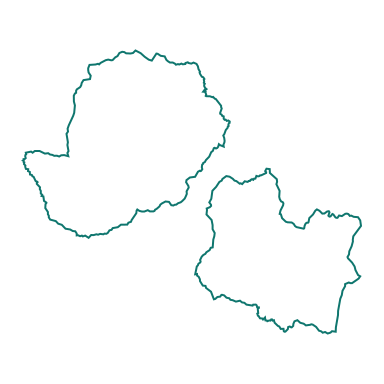 Ubalá, Cundinamarca, Colombia (Natural Earth projection)
{"feature_id": "7082276B3208116605104", "entity_name": "Ubalá", "entity_type": "district", "adm_level": 2, "iso_a3": "COL", "parent_name": "Colombia", "parent_adm1": "Cundinamarca", "projection": "natural_earth1", "projection_center": [-73.441, 4.757], "detail": "fine", "context": "isolated", "style": "outline", "palette": "teal", "viewbox_px": 384, "rotation_deg": 0, "n_neighbors": 0, "source": "geoboundaries", "source_scale": "gbopen_adm2", "svg_char_len": 5933}
<svg xmlns="http://www.w3.org/2000/svg" viewBox="0 0 384 384"><path d="M156.4,53.6L151.8,60.6L148.8,59.7L144.7,56.8L140.7,53.2L135.5,50.5L133.0,53.0L130.5,53.5L126.1,53.3L124.3,52.1L122.2,51.8L119.4,53.0L117.5,56.1L115.3,57.3L112.6,60.1L111.3,60.3L108.2,59.6L105.7,60.2L100.6,62.9L99.1,64.4L98.0,63.8L95.5,64.5L89.5,64.9L88.2,68.2L88.2,70.1L88.6,72.5L90.7,75.7L90.0,79.1L83.5,80.1L81.7,83.0L81.2,85.3L80.2,87.1L76.8,89.4L76.1,90.8L76.1,92.8L74.9,93.5L73.8,95.7L73.9,101.5L74.9,105.4L74.2,112.8L73.2,115.8L68.8,125.3L67.6,128.7L68.0,131.6L66.5,133.8L67.9,142.3L67.4,145.0L68.5,151.1L67.4,153.0L68.3,156.2L64.2,155.1L61.2,155.3L59.2,156.5L56.9,155.7L54.2,155.8L52.4,154.9L50.0,154.5L48.2,153.2L44.9,153.6L39.6,151.0L34.8,151.0L32.6,152.7L31.1,151.6L25.8,152.7L26.2,154.3L25.4,155.0L25.2,156.2L25.7,158.1L24.6,159.1L23.6,159.1L23.6,160.0L23.0,160.5L23.7,160.8L23.7,162.3L24.3,162.5L24.0,164.1L25.4,165.5L25.2,166.7L25.9,168.9L28.2,169.2L28.0,171.1L29.8,171.9L30.0,174.5L31.9,175.0L32.4,176.3L33.6,176.8L35.6,181.0L37.4,181.8L37.5,182.3L36.8,182.6L36.8,183.9L40.0,187.3L39.8,189.1L40.8,190.9L40.8,193.5L42.2,194.8L41.6,196.0L43.4,196.4L44.0,200.9L46.4,202.6L46.3,203.2L45.5,204.1L45.3,208.1L47.9,212.0L47.9,214.3L48.8,215.7L48.8,217.4L50.2,219.6L55.8,221.1L58.2,223.7L61.8,224.8L65.5,228.7L70.2,229.5L72.7,231.0L75.3,231.3L76.7,233.5L76.7,235.4L77.9,235.2L80.1,236.2L81.9,235.6L82.8,236.4L85.2,235.6L88.6,237.8L91.2,235.0L93.6,235.1L96.4,234.3L98.1,234.7L100.1,233.9L103.4,234.3L104.5,233.6L106.3,233.8L107.7,233.0L109.5,230.3L111.5,229.9L112.7,228.1L117.8,227.2L120.9,224.7L127.3,224.6L128.4,222.7L131.0,221.8L131.6,220.1L136.3,213.2L136.6,210.6L137.3,209.5L139.4,210.9L141.8,211.5L144.4,211.5L147.8,210.2L149.9,211.4L153.4,211.4L154.5,210.9L155.1,209.7L156.6,208.9L159.5,206.4L160.3,204.7L161.8,203.5L165.5,201.5L169.0,201.9L171.3,205.2L173.4,205.5L174.6,204.8L176.3,204.6L178.1,203.2L180.7,202.3L182.2,201.1L184.7,198.6L185.8,196.3L186.8,193.9L186.6,191.3L188.7,187.6L188.4,186.0L186.1,182.2L186.5,180.1L189.9,177.5L195.1,176.8L198.0,171.7L199.9,170.7L200.6,171.1L201.2,170.8L202.3,169.2L201.8,167.2L202.2,164.6L203.1,163.8L203.2,163.0L204.9,162.0L205.9,160.1L209.2,156.7L211.2,152.2L212.9,150.8L213.8,148.2L214.7,147.8L216.0,148.5L217.3,147.9L218.2,146.7L218.9,144.2L220.0,145.1L223.7,146.6L223.4,144.8L224.4,142.4L224.6,140.9L224.2,137.9L223.3,135.5L224.3,134.1L225.8,130.0L227.7,127.7L227.8,126.5L228.6,126.0L228.4,124.4L229.1,122.9L229.6,122.8L229.7,121.5L228.3,120.5L226.8,120.9L225.6,119.6L224.6,119.8L223.7,118.7L223.7,116.4L222.1,115.8L221.7,114.7L220.3,113.9L220.1,113.1L221.7,108.5L221.1,107.0L221.1,105.8L215.8,99.0L214.8,98.7L213.1,96.9L212.4,97.2L210.0,96.3L206.2,96.2L205.7,95.9L206.2,94.5L205.5,92.8L205.6,91.9L203.2,91.7L204.6,89.8L205.6,89.9L206.5,89.1L205.1,87.9L204.2,86.1L204.2,84.8L204.8,83.8L203.8,82.8L204.2,81.7L203.8,79.6L204.4,79.0L203.3,77.3L201.8,76.7L200.0,73.8L199.6,72.5L200.0,71.8L198.5,69.1L197.9,66.3L196.5,63.9L193.5,62.6L191.3,63.6L188.5,63.0L187.8,62.3L185.5,63.0L185.3,64.0L182.8,64.3L181.4,63.6L179.2,64.5L178.0,64.1L175.9,64.7L175.0,63.7L172.7,62.5L169.9,62.5L168.0,61.3L166.4,59.9L164.7,56.4L160.7,55.8L157.7,53.8L156.4,53.6ZM266.5,168.7L265.2,171.1L266.2,172.2L266.1,173.0L261.2,175.3L260.1,175.3L259.4,176.1L258.0,176.4L256.4,175.9L255.4,178.6L254.0,178.7L253.3,179.8L252.1,179.1L251.6,179.7L250.6,179.8L249.9,181.0L248.6,181.0L247.7,181.9L244.7,181.3L242.2,184.1L240.7,183.3L239.7,183.7L236.4,181.1L234.5,180.6L232.8,178.8L229.6,176.7L226.3,176.1L222.4,179.0L221.7,180.6L219.4,181.9L216.1,186.9L212.4,190.8L211.3,198.8L209.3,202.4L211.0,204.8L211.1,205.9L209.8,207.2L206.7,208.5L207.0,209.9L206.5,214.5L211.6,220.0L212.6,225.1L212.6,229.2L214.7,233.0L214.3,236.2L213.3,239.6L212.7,247.4L210.7,247.8L209.6,250.1L206.3,252.3L205.4,253.8L203.3,255.0L201.7,256.7L200.1,260.0L200.6,261.4L200.3,262.4L198.4,263.8L197.9,265.3L196.8,266.5L195.2,274.3L197.0,274.0L197.1,275.6L198.7,276.8L199.9,279.3L200.0,281.1L202.8,285.6L205.5,285.9L206.1,288.0L211.0,291.7L213.9,299.3L215.3,298.9L217.4,297.0L220.2,296.6L221.4,294.9L222.0,294.8L224.2,295.4L226.5,297.7L229.3,298.3L230.4,299.8L232.7,300.2L235.9,301.6L240.0,300.7L242.0,302.4L244.4,302.8L246.4,304.6L252.6,305.6L253.1,304.7L255.8,304.6L256.7,305.4L257.1,307.1L258.9,307.4L258.8,308.0L257.7,308.2L258.2,313.1L257.3,313.6L257.9,315.7L258.5,315.9L260.0,318.3L262.3,318.5L263.0,319.5L265.0,317.5L265.4,320.4L266.8,320.5L267.3,321.2L269.4,320.4L270.4,320.6L271.2,319.4L272.0,319.4L272.6,320.6L273.9,320.2L274.6,322.7L277.9,325.9L279.3,326.5L280.7,328.9L283.5,328.8L283.8,331.2L284.4,331.7L285.4,331.6L287.8,329.2L288.2,327.0L289.8,326.5L291.2,327.4L291.8,327.3L293.2,325.9L293.4,323.8L294.5,321.3L297.4,320.2L300.3,322.8L303.7,323.7L305.9,325.4L310.2,324.8L311.2,324.3L312.7,324.6L316.1,326.9L319.0,330.7L321.3,331.4L322.7,332.7L325.1,332.0L327.7,333.5L330.5,332.6L332.0,331.2L335.7,331.7L335.9,327.3L338.0,315.1L338.1,310.9L340.3,298.7L341.8,295.1L342.5,290.8L345.1,286.2L345.1,284.1L348.8,282.5L350.3,283.1L352.1,283.1L358.6,278.6L360.2,276.3L358.1,275.1L355.5,270.1L354.6,266.5L352.1,262.6L348.0,258.3L347.5,257.0L349.0,254.4L349.3,251.3L351.6,246.3L352.9,241.5L352.8,239.7L353.3,236.3L361.0,225.9L360.2,220.4L358.0,217.2L353.7,216.8L351.2,215.6L349.8,215.9L348.4,214.1L346.9,213.6L345.3,213.8L341.9,216.1L339.1,215.5L337.5,217.8L336.2,217.8L335.3,217.2L333.4,214.5L332.4,214.0L330.5,216.4L329.4,216.6L328.4,215.7L329.5,212.3L328.8,211.2L327.1,211.5L324.4,213.5L322.3,213.6L319.5,210.8L316.9,209.4L315.3,210.7L313.0,214.5L309.3,218.1L308.5,222.2L308.1,222.7L306.5,222.8L305.5,223.8L304.6,225.8L304.2,228.2L303.7,228.7L296.5,227.1L295.0,226.0L293.7,223.9L291.7,222.5L287.6,222.3L285.8,221.7L282.1,218.2L280.9,214.3L279.7,213.9L280.5,210.5L283.1,205.3L283.4,203.3L282.8,202.2L281.1,201.4L279.8,199.2L279.2,196.8L279.6,190.9L276.4,184.2L277.1,181.8L276.8,179.2L269.9,173.0L269.7,169.1L266.5,168.7Z" fill="none" stroke="#0f766e" stroke-width="2"/></svg>